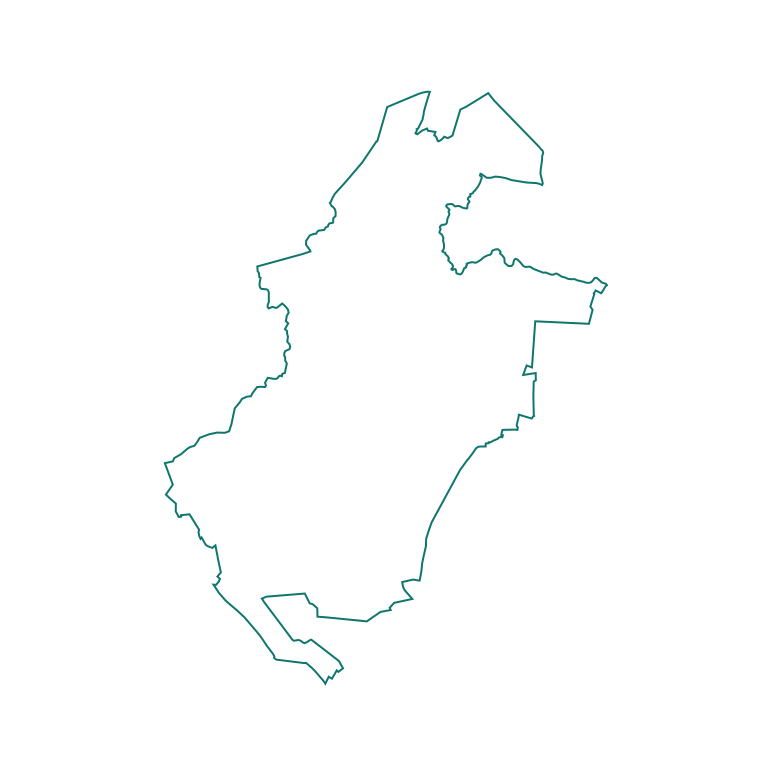 outline of Coroneo, Guanajuato, Mexico, rotated 191°
{"feature_id": "50627088B99692357017309", "entity_name": "Coroneo", "entity_type": "district", "adm_level": 2, "iso_a3": "MEX", "parent_name": "Mexico", "parent_adm1": "Guanajuato", "projection": "albers", "projection_center": [-100.395, 20.217], "detail": "fine", "context": "isolated", "style": "outline", "palette": "teal", "viewbox_px": 768, "rotation_deg": 191, "n_neighbors": 0, "source": "geoboundaries", "source_scale": "gbopen_adm2", "svg_char_len": 6150}
<svg xmlns="http://www.w3.org/2000/svg" viewBox="0 0 768 768"><g transform="rotate(191 384 384)"><path d="M402.0,677.3L405.7,675.2L433.7,656.5L436.9,621.0L437.7,620.7L447.6,597.4L459.9,575.6L468.6,561.2L470.0,557.1L470.8,553.1L471.3,551.8L471.7,551.4L469.2,548.5L468.2,548.4L467.5,547.7L465.8,546.5L464.3,543.7L463.6,539.5L465.3,537.2L465.1,534.5L464.7,533.3L465.1,532.4L468.1,531.3L469.0,529.7L469.0,528.1L471.2,526.5L471.9,524.1L472.6,523.7L477.8,521.9L478.8,520.1L479.2,518.6L481.2,518.1L484.8,516.0L485.7,514.5L487.7,509.8L487.2,506.0L482.2,501.2L481.5,500.1L488.8,496.0L530.8,475.2L529.5,470.5L528.2,469.4L527.5,467.8L526.9,465.2L525.4,464.7L525.4,459.7L525.1,457.5L524.4,455.7L523.6,454.6L522.3,454.0L517.6,454.5L516.1,454.2L514.6,452.1L512.7,442.5L513.3,439.9L512.8,437.1L511.5,436.2L508.3,438.4L504.9,438.1L503.6,438.5L499.3,443.6L495.9,441.6L492.6,438.9L491.2,435.8L492.5,432.1L492.3,429.7L492.4,427.0L489.6,425.3L491.7,419.0L489.2,417.5L488.9,415.4L487.3,412.0L487.0,407.0L484.4,405.0L483.2,402.7L483.4,400.2L487.2,397.5L487.7,395.6L487.5,393.0L486.2,391.6L485.5,388.3L483.3,385.5L483.4,376.0L485.8,374.5L485.7,372.2L487.5,372.3L488.5,371.7L489.8,369.2L491.4,368.3L493.8,368.0L499.3,367.9L501.0,362.6L499.6,360.0L500.1,358.3L504.3,357.8L508.0,356.8L511.4,349.8L512.3,346.6L516.1,345.4L520.6,342.3L522.0,338.7L525.9,331.5L526.1,315.5L527.0,308.0L531.0,305.7L538.5,304.5L546.0,301.3L554.6,296.0L556.5,291.0L558.3,287.2L562.3,285.1L564.7,282.9L569.9,276.3L575.7,271.3L576.5,267.8L584.0,264.5L572.1,244.9L577.0,233.8L570.6,229.8L565.5,226.9L564.1,219.2L560.1,214.3L557.8,215.1L558.3,216.4L550.1,219.0L537.8,205.8L537.7,202.8L536.2,199.3L534.6,197.1L533.8,198.5L528.3,192.1L525.7,191.1L521.3,190.3L518.7,193.4L513.0,179.2L508.2,167.9L510.8,163.2L507.8,161.4L508.5,158.6L510.5,154.8L513.1,154.5L505.9,147.2L497.9,141.0L493.8,138.6L485.2,133.8L476.3,128.2L470.6,123.7L458.6,114.1L454.5,110.2L448.8,104.4L441.7,98.1L439.6,95.7L439.6,94.2L438.1,93.3L437.0,92.9L409.4,94.8L407.2,95.3L400.6,91.5L397.0,89.1L386.3,80.6L384.4,78.6L382.4,86.1L378.9,84.8L375.7,93.9L373.9,92.7L370.0,97.1L375.4,103.5L406.5,119.1L407.3,118.9L410.5,115.8L412.5,114.4L414.1,114.7L416.8,116.1L419.4,116.4L421.9,115.3L423.8,114.8L425.0,115.4L460.1,147.1L462.9,150.0L458.9,152.8L421.7,163.2L415.1,154.5L412.2,154.3L406.9,151.3L406.4,149.8L404.9,142.9L395.5,144.0L355.6,147.7L344.0,159.6L334.3,163.4L335.7,165.4L332.3,171.1L315.2,178.4L324.3,185.5L326.0,187.6L326.8,189.0L328.3,193.1L318.0,197.6L312.9,197.7L311.5,197.9L311.6,207.8L312.3,214.9L312.3,220.1L311.9,233.0L313.1,240.1L311.9,250.2L310.8,257.3L292.9,314.2L287.6,325.5L286.9,326.5L284.0,332.4L281.4,338.4L279.7,340.2L277.9,340.9L272.3,342.1L272.8,345.0L270.0,345.8L270.2,346.7L268.1,347.3L266.0,349.1L261.8,352.0L260.9,353.4L259.6,354.1L257.7,354.4L257.6,356.4L259.0,356.2L259.2,357.5L258.9,361.6L246.7,364.2L244.3,364.4L244.4,367.0L245.4,367.8L245.9,369.1L245.6,376.2L245.7,379.6L232.4,378.3L231.2,381.1L230.6,381.3L231.2,382.8L235.0,400.3L237.5,414.8L236.9,415.6L235.7,416.6L237.2,423.7L249.1,419.4L247.5,429.4L241.9,428.5L247.5,474.4L194.3,482.2L193.4,496.6L196.2,499.4L194.7,512.4L195.4,512.9L194.0,516.2L188.2,514.5L187.3,516.2L185.2,522.2L184.0,523.4L184.3,523.9L185.4,524.7L189.0,525.1L190.1,525.5L193.9,527.9L195.6,528.7L197.1,528.4L197.6,527.9L198.8,525.2L200.2,523.4L201.1,522.8L202.9,522.2L205.0,522.0L207.8,522.5L208.7,522.3L210.5,522.6L213.8,522.6L216.9,523.3L220.1,522.6L223.1,522.3L226.0,523.0L230.5,523.4L234.1,524.9L235.8,525.3L236.8,525.0L238.3,523.8L240.4,523.2L246.8,524.3L248.5,523.7L249.2,523.7L258.8,525.4L260.1,525.8L262.0,526.7L263.2,527.0L267.1,526.0L268.5,526.0L269.7,526.4L273.8,529.7L276.5,531.5L277.3,531.8L278.7,531.9L279.5,531.3L279.9,530.4L280.2,528.5L280.0,527.4L280.0,526.8L280.7,525.0L281.5,524.1L283.9,523.6L284.6,523.7L287.9,525.5L288.7,526.1L289.8,530.2L290.2,530.8L292.6,532.9L294.5,533.8L294.9,534.3L295.0,534.8L294.7,535.7L295.3,536.5L297.8,538.0L298.3,538.0L300.4,537.3L302.8,535.8L303.3,535.2L303.5,534.5L303.5,532.6L304.2,531.4L304.9,530.9L307.0,530.0L308.1,529.0L309.6,528.1L313.2,523.8L315.9,521.3L317.1,520.6L318.2,520.4L320.1,520.5L321.4,520.2L323.7,519.1L325.8,517.9L325.8,517.5L325.4,516.9L325.4,516.2L325.9,515.5L325.7,514.2L326.2,513.6L327.1,513.3L327.4,512.7L328.0,509.7L328.5,508.1L329.4,506.5L330.7,506.0L333.8,506.5L334.2,506.8L334.7,508.6L335.2,509.6L335.5,510.1L336.2,510.4L337.2,510.0L338.2,509.1L339.4,509.1L339.8,509.7L338.7,511.7L338.9,513.3L340.5,515.0L342.0,515.7L343.5,517.0L344.5,517.6L344.6,518.5L344.2,519.4L344.4,520.1L345.2,520.6L345.3,521.2L345.9,521.7L348.3,523.1L348.9,524.5L350.8,524.7L352.0,525.3L352.1,525.9L351.4,527.0L351.1,528.5L351.2,529.4L351.6,532.2L353.4,536.1L353.6,538.8L355.2,541.2L355.9,541.8L357.9,542.7L358.5,543.4L358.5,544.4L358.0,546.6L358.1,547.0L359.1,548.5L359.0,549.3L358.0,550.8L356.8,551.5L355.1,551.9L353.6,553.0L353.3,553.4L353.0,555.2L353.3,557.9L352.3,562.5L352.4,563.9L353.5,565.3L353.5,565.7L353.0,566.9L353.0,567.6L356.8,570.2L356.9,571.3L355.9,572.4L355.4,572.7L354.7,572.7L354.1,573.1L352.6,573.3L351.8,573.6L351.3,573.6L348.3,571.9L345.5,572.8L343.4,573.0L340.4,572.0L336.6,572.0L335.9,572.5L336.1,575.6L335.9,577.5L335.1,578.3L335.0,579.2L335.0,579.6L336.9,581.2L337.0,582.4L336.3,584.0L335.1,584.3L335.0,584.7L335.6,586.9L334.2,587.6L333.2,588.3L332.7,590.1L331.5,591.3L331.3,592.0L330.4,593.6L330.3,594.2L329.7,594.9L328.2,599.6L327.9,600.9L327.8,602.6L327.5,603.6L327.4,605.4L327.8,605.9L329.6,606.9L329.4,608.8L328.8,608.8L326.0,607.6L322.4,606.0L318.2,606.9L314.4,608.8L309.8,609.3L303.7,609.3L297.6,608.5L282.4,609.0L272.7,610.3L269.6,610.1L266.7,609.5L266.4,611.2L270.6,620.4L271.2,626.2L271.5,633.1L272.2,637.9L271.8,641.1L272.9,643.4L274.5,644.3L277.0,646.4L329.8,683.1L337.2,689.4L356.3,671.8L361.4,668.0L364.2,640.9L367.9,637.8L368.6,637.6L372.1,638.2L372.6,637.2L374.7,634.3L376.8,632.6L377.9,633.1L379.6,636.1L380.7,637.1L382.1,637.6L381.6,641.2L389.2,641.0L390.5,643.0L394.6,640.3L399.0,635.5L400.9,636.1L400.1,639.2L400.6,640.4L399.3,641.2L396.6,651.1L396.7,654.4L396.5,655.2L396.8,658.8L396.2,666.6L394.8,679.5L397.2,679.2L402.0,677.3Z" fill="none" stroke="#0f766e" stroke-width="2"/></g></svg>